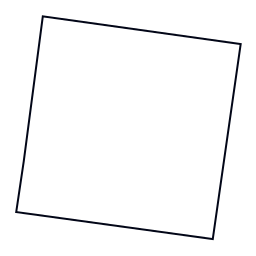 outline of Borden, Texas, United States of America, rotated 278°
{"feature_id": "52423323B58948144984010", "entity_name": "Borden", "entity_type": "district", "adm_level": 2, "iso_a3": "USA", "parent_name": "United States of America", "parent_adm1": "Texas", "projection": "albers", "projection_center": [-101.45, 32.744], "detail": "fine", "context": "isolated", "style": "outline", "palette": "ink", "viewbox_px": 256, "rotation_deg": 278, "n_neighbors": 0, "source": "geoboundaries", "source_scale": "gbopen_adm2", "svg_char_len": 242}
<svg xmlns="http://www.w3.org/2000/svg" viewBox="0 0 256 256"><g transform="rotate(278 128 128)"><path d="M29.2,29.0L29.8,227.4L226.8,227.9L226.8,226.2L226.7,28.1L80.3,29.4L29.2,29.0Z" fill="none" stroke="#020617" stroke-width="2"/></g></svg>